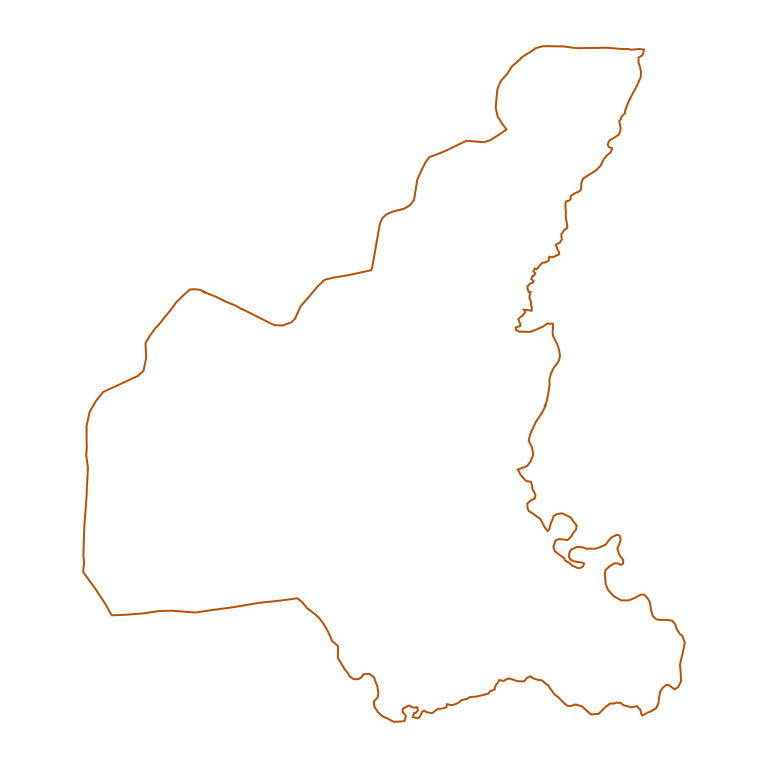 outline of Korogwe Township Authority, Tanga, United Republic of Tanzania
{"feature_id": "72390352B41893572728253", "entity_name": "Korogwe Township Authority", "entity_type": "district", "adm_level": 2, "iso_a3": "TZA", "parent_name": "United Republic of Tanzania", "parent_adm1": "Tanga", "projection": "mercator", "projection_center": [38.503, -5.145], "detail": "fine", "context": "isolated", "style": "outline", "palette": "amber", "viewbox_px": 768, "rotation_deg": 0, "n_neighbors": 0, "source": "geoboundaries", "source_scale": "gbopen_adm2", "svg_char_len": 6051}
<svg xmlns="http://www.w3.org/2000/svg" viewBox="0 0 768 768"><path d="M642.2,715.5L647.7,712.6L651.0,711.3L656.0,708.3L658.5,703.2L659.0,697.9L660.0,692.0L662.8,687.7L666.1,685.0L668.6,685.0L674.7,689.3L678.2,687.0L681.0,681.2L680.7,672.6L680.0,664.7L681.5,657.9L683.5,649.3L684.8,642.5L682.3,635.8L679.7,633.8L677.5,630.2L676.8,629.3L675.2,624.2L672.2,620.7L667.4,619.9L660.8,619.9L656.5,619.4L653.0,616.3L651.0,610.0L650.0,602.7L647.9,598.6L644.2,594.6L640.4,594.8L634.8,597.9L628.8,600.4L621.2,600.4L613.7,596.1L608.1,590.0L605.6,583.9L605.3,578.6L604.8,573.8L605.6,570.0L609.1,566.7L611.9,564.7L614.7,563.4L617.9,563.4L620.5,564.9L623.2,563.7L623.2,559.9L620.5,556.6L618.7,553.3L617.4,548.5L620.0,542.2L620.7,539.1L619.7,535.6L616.7,534.8L612.1,537.1L609.1,539.9L605.6,544.7L600.0,547.2L595.0,548.7L585.9,548.7L582.4,547.2L576.6,547.0L571.3,549.5L569.5,552.5L568.8,556.3L570.3,559.4L573.8,561.2L579.1,562.2L582.6,562.7L584.2,563.7L582.9,566.5L579.9,568.2L576.8,567.7L572.3,565.7L569.3,562.9L565.2,560.6L564.0,558.1L560.2,555.3L554.9,551.3L553.4,547.0L554.9,542.2L555.9,540.1L559.2,539.1L563.2,539.4L567.5,540.1L571.0,536.8L573.1,533.1L576.1,529.5L576.6,525.5L573.3,521.4L570.8,517.6L566.0,515.1L561.7,513.3L556.7,514.1L553.6,516.1L552.4,519.6L550.6,523.9L549.9,526.7L549.4,529.0L547.8,531.0L544.6,527.2L540.5,519.1L532.0,513.0L528.7,511.0L527.4,507.2L527.4,503.4L530.5,500.6L534.7,498.6L535.5,495.3L534.0,491.8L532.5,489.0L532.0,485.5L531.0,481.9L525.9,480.9L520.6,474.8L517.8,469.5L527.2,466.0L530.5,461.4L533.2,455.1L532.2,448.0L528.7,440.6L530.2,434.1L536.0,421.7L540.0,415.8L542.8,411.5L545.6,405.6L545.0,405.7L546.9,400.4L547.3,398.4L548.6,391.3L549.6,384.7L549.4,379.2L550.9,373.9L553.6,368.0L557.2,363.5L559.2,359.9L560.0,355.4L558.9,349.3L556.9,343.5L553.1,336.1L552.6,332.9L553.1,326.5L552.9,323.7L547.1,323.7L543.1,326.5L535.2,330.1L530.2,331.8L526.2,331.8L519.1,331.6L515.8,329.8L515.8,327.5L520.1,326.0L520.6,324.8L519.4,322.0L518.3,319.2L520.6,316.9L523.6,314.6L525.2,311.8L523.9,309.8L526.9,309.8L531.5,310.8L532.0,308.6L531.0,304.5L531.0,301.5L529.4,297.9L529.9,293.9L530.5,292.1L529.1,292.2L528.4,291.5L528.3,290.0L527.7,289.6L527.4,286.5L529.9,283.7L533.1,282.4L533.5,280.9L531.2,279.1L532.4,276.3L534.4,275.2L535.3,273.3L533.5,271.2L534.9,268.5L536.8,269.1L538.9,266.5L542.4,262.7L544.3,262.7L548.1,261.1L549.0,259.6L549.2,256.7L552.0,257.1L555.2,256.4L556.7,255.2L559.2,254.4L559.1,252.4L557.4,249.2L555.8,244.7L558.1,243.4L560.0,242.5L561.8,239.5L561.3,234.3L564.3,230.1L567.3,227.8L567.1,224.7L565.8,217.6L565.8,211.1L565.3,203.6L566.1,201.4L569.3,200.5L570.7,198.8L570.6,196.4L573.8,193.8L576.1,192.7L578.1,192.1L580.7,190.0L581.2,186.8L581.3,183.3L582.9,178.8L586.1,176.6L596.3,170.2L600.7,165.6L603.9,159.0L607.1,155.2L609.5,153.3L610.8,152.0L612.1,148.5L612.1,148.3L608.9,147.0L607.7,144.9L608.8,141.4L609.3,141.0L609.4,140.6L614.6,137.4L619.1,134.4L620.7,128.7L619.3,120.9L621.0,119.1L621.6,116.4L624.8,113.4L625.2,110.4L628.4,102.1L632.4,94.0L636.1,87.4L638.2,82.9L640.8,76.9L641.0,71.7L640.1,67.2L638.5,62.5L638.6,57.5L642.1,55.5L643.2,53.7L643.9,49.6L639.4,49.0L631.1,49.7L627.4,48.9L621.9,49.0L606.4,47.7L598.9,47.9L584.9,48.0L578.3,48.2L572.7,47.7L563.7,46.4L554.3,46.3L547.4,46.1L542.5,46.3L535.9,48.1L531.7,51.1L526.0,54.5L522.4,56.9L517.1,62.0L512.0,66.2L507.4,73.6L501.0,80.8L498.0,87.3L497.3,90.4L496.7,95.9L495.7,108.0L497.7,116.5L502.4,124.0L506.4,129.4L502.0,132.7L490.3,140.2L483.9,142.2L466.4,140.8L445.2,151.0L435.5,155.0L429.4,157.0L425.7,162.1L422.0,169.2L417.3,179.7L415.3,192.1L414.0,199.9L410.3,205.0L404.2,208.7L392.5,211.7L386.4,214.4L382.4,218.1L380.0,223.5L378.3,232.6L374.6,253.9L371.9,268.8L370.9,270.4L370.3,270.4L352.1,274.4L341.2,276.4L333.4,277.7L325.6,279.5L323.0,280.9L322.8,281.8L322.5,281.9L316.7,287.4L316.3,288.1L314.6,289.9L309.8,295.8L300.7,306.2L295.0,318.7L291.3,322.4L282.5,325.5L275.9,325.2L273.5,324.8L246.6,311.3L240.2,308.4L236.7,306.1L226.1,301.8L216.5,297.0L207.7,293.5L205.1,292.2L204.6,292.6L203.8,292.2L204.1,291.8L200.1,289.9L195.1,289.2L190.3,289.4L184.5,294.2L181.8,296.8L181.3,297.1L180.9,297.8L176.4,302.1L170.4,310.4L163.2,319.1L158.6,324.9L155.3,328.2L149.5,336.3L145.5,343.2L146.2,357.8L143.5,370.8L138.1,375.8L103.1,392.0L96.0,401.0L89.7,411.8L86.6,425.7L86.6,443.3L86.8,447.4L86.2,455.2L87.9,467.4L87.1,484.7L86.9,485.9L86.7,493.5L86.0,504.7L84.3,526.1L83.4,555.4L84.2,562.8L83.4,568.9L83.2,572.2L95.3,588.7L105.8,604.6L109.6,611.7L111.9,615.3L125.0,614.8L143.9,613.3L159.3,611.0L171.7,610.7L195.4,612.5L211.0,610.2L233.4,607.2L258.6,602.9L280.1,600.6L297.5,598.3L302.0,601.9L306.8,607.9L315.1,614.3L319.2,618.1L323.4,623.6L327.7,631.0L330.4,636.6L332.0,640.9L338.0,646.0L338.0,650.3L337.8,657.9L340.8,662.7L344.8,669.5L347.8,673.1L349.6,676.3L353.6,679.1L358.7,679.1L361.2,677.6L363.5,674.3L369.3,673.8L374.1,677.4L375.8,682.4L377.3,686.2L378.4,693.1L377.6,697.4L373.8,701.7L374.3,706.5L378.1,712.3L381.1,715.1L383.6,716.9L387.4,718.4L391.5,720.7L394.2,721.9L397.0,721.7L404.3,721.2L405.3,718.6L405.8,715.6L402.6,711.8L402.6,709.8L403.6,708.2L409.1,705.5L411.9,707.0L412.6,707.5L414.7,707.5L417.2,707.2L417.9,710.3L416.2,712.6L413.9,713.3L412.9,717.1L415.9,717.9L418.9,717.9L421.0,714.6L422.0,712.0L424.0,710.5L426.8,712.3L432.1,713.1L437.9,708.8L441.4,708.8L446.4,707.2L446.9,704.2L451.5,705.2L455.0,704.4L459.0,702.4L461.6,700.1L466.9,698.9L470.4,696.9L476.2,696.6L484.0,694.8L488.3,693.6L490.0,691.3L494.6,689.5L495.3,686.2L496.6,684.2L497.6,682.9L499.1,680.1L503.7,680.9L505.9,679.6L508.7,678.4L513.7,679.9L517.5,681.2L524.1,681.4L526.9,677.9L530.6,676.3L531.1,676.7L533.2,678.4L538.2,679.9L542.0,680.4L546.5,684.4L548.3,685.2L549.5,687.5L554.6,694.5L557.9,696.9L559.6,698.6L562.2,701.4L566.2,705.0L568.5,706.2L571.4,705.9L574.7,704.5L576.2,704.9L576.7,704.7L579.0,705.5L581.8,706.2L587.2,711.1L591.0,714.4L598.7,713.8L599.6,712.8L599.9,712.6L604.6,707.8L610.1,703.5L614.2,703.5L616.5,702.7L620.8,702.9L623.4,705.2L631.3,707.3L637.3,706.2L638.3,708.0L639.9,709.0L640.9,711.8L641.2,713.6L642.2,715.5Z" fill="none" stroke="#b45309" stroke-width="2"/></svg>